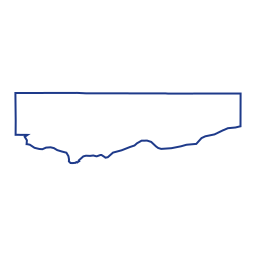 Klickitat, Washington, United States of America
{"feature_id": "52423323B53834689647106", "entity_name": "Klickitat", "entity_type": "district", "adm_level": 2, "iso_a3": "USA", "parent_name": "United States of America", "parent_adm1": "Washington", "projection": "robinson", "projection_center": [-120.885, 45.825], "detail": "fine", "context": "isolated", "style": "outline", "palette": "blue", "viewbox_px": 256, "rotation_deg": 0, "n_neighbors": 0, "source": "geoboundaries", "source_scale": "gbopen_adm2", "svg_char_len": 1015}
<svg xmlns="http://www.w3.org/2000/svg" viewBox="0 0 256 256"><path d="M105.2,157.5L105.5,157.7L107.8,157.2L111.1,154.3L113.0,152.6L121.6,150.3L130.0,147.0L134.5,145.5L137.1,143.2L139.1,142.1L141.5,140.7L147.1,140.6L151.2,141.9L156.1,146.5L158.2,148.0L161.2,148.9L171.4,148.2L181.0,146.3L186.3,144.8L187.1,144.7L196.3,143.9L201.5,138.1L205.3,136.3L214.5,134.4L223.4,130.1L223.6,130.1L227.9,128.2L235.4,127.5L239.5,126.5L240.5,126.3L240.6,93.5L168.1,93.6L165.4,93.4L149.3,93.4L85.5,93.3L77.2,92.9L27.0,93.0L15.4,93.0L15.7,120.8L15.6,134.8L27.5,134.9L24.7,136.8L26.9,140.3L26.6,144.1L26.8,144.1L29.8,144.7L34.5,147.8L37.3,148.5L39.5,149.0L42.4,149.2L46.1,147.6L50.6,147.3L53.9,148.1L57.2,150.1L61.8,151.5L66.4,152.7L68.4,156.1L69.0,159.3L68.9,161.4L70.5,163.0L72.6,163.1L75.5,162.8L76.3,162.1L77.2,162.5L77.8,162.1L78.5,161.5L79.2,161.2L78.8,160.4L83.3,156.4L86.0,155.7L90.0,155.9L93.3,155.5L96.4,156.3L97.1,156.2L100.4,155.0L101.5,155.0L105.2,157.4L105.2,157.5Z" fill="none" stroke="#1e3a8a" stroke-width="2"/></svg>